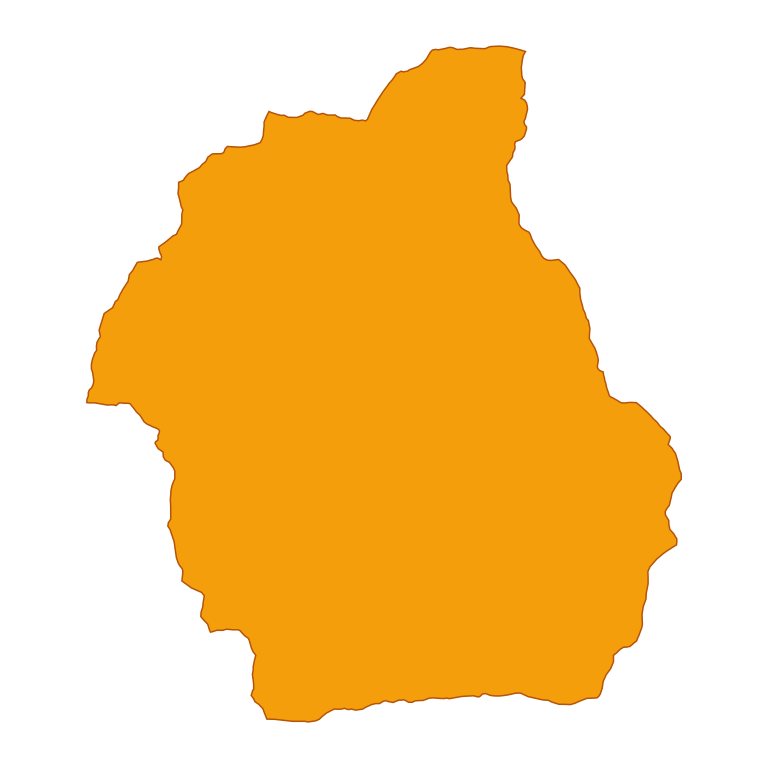 outline of Kawang, Thimphu, Bhutan
{"feature_id": "84629894B41784722800221", "entity_name": "Kawang", "entity_type": "district", "adm_level": 2, "iso_a3": "BTN", "parent_name": "Bhutan", "parent_adm1": "Thimphu", "projection": "robinson", "projection_center": [89.606, 27.573], "detail": "fine", "context": "isolated", "style": "filled", "palette": "amber", "viewbox_px": 768, "rotation_deg": 0, "n_neighbors": 0, "source": "geoboundaries", "source_scale": "gbopen_adm2", "svg_char_len": 6067}
<svg xmlns="http://www.w3.org/2000/svg" viewBox="0 0 768 768"><path d="M676.5,544.9L676.9,540.9L676.7,538.6L675.4,536.7L673.8,533.9L669.9,529.5L668.9,524.8L668.7,520.3L667.3,518.2L665.4,514.8L665.2,511.6L666.8,508.7L669.3,505.3L671.1,497.8L672.1,492.9L675.3,487.4L677.7,483.5L681.2,479.4L681.2,473.6L679.7,470.1L677.7,460.8L676.9,458.2L675.4,453.3L673.2,450.2L672.2,448.5L669.9,446.1L668.1,444.4L668.9,442.5L670.3,438.1L670.1,436.4L667.5,433.7L663.4,429.0L660.1,426.3L657.5,422.7L655.2,420.4L653.2,418.7L650.9,415.9L647.1,412.1L645.0,410.2L641.8,407.2L639.3,405.1L636.3,402.6L629.7,402.4L624.5,403.0L621.2,402.8L616.7,400.1L613.5,398.3L610.2,396.6L609.2,395.3L608.0,391.5L606.7,387.9L605.7,383.2L604.7,380.2L604.5,378.3L603.4,374.3L603.2,372.0L599.6,370.5L597.9,368.6L597.3,366.7L598.3,360.3L597.7,356.9L596.1,351.4L594.8,348.0L593.0,345.0L589.3,338.6L589.5,333.7L589.9,328.4L588.3,320.5L586.6,318.6L586.0,317.1L585.2,313.5L583.1,308.9L582.5,305.9L580.7,299.7L579.8,293.1L579.8,288.2L577.8,284.6L575.5,279.9L572.7,275.9L569.6,271.8L568.2,269.5L564.9,264.8L558.6,259.5L551.3,260.4L547.6,260.2L544.1,258.5L543.1,257.5L541.7,255.8L539.5,251.3L535.8,246.2L534.1,243.3L531.9,239.0L530.0,233.8L528.8,232.1L524.3,229.8L521.5,227.9L519.9,225.6L519.0,223.9L519.0,220.5L519.2,215.0L516.3,208.2L513.1,204.1L511.4,201.4L510.6,197.1L510.2,187.9L510.0,184.3L508.1,180.1L507.7,174.5L506.9,171.8L506.7,167.5L506.7,165.4L510.7,159.5L512.5,156.9L512.9,152.9L514.8,149.4L515.0,146.6L514.6,144.3L515.4,141.7L520.2,139.8L521.9,138.7L524.3,136.0L526.5,129.2L526.5,126.8L524.7,124.7L523.9,121.5L525.3,118.5L527.5,109.6L527.3,106.2L526.4,102.8L524.6,100.1L520.9,98.2L524.4,94.4L524.8,88.1L525.2,82.5L522.5,78.5L521.7,75.1L521.7,73.6L521.3,67.5L522.3,60.3L523.3,55.4L525.5,51.5L520.3,49.9L513.1,48.0L506.8,46.7L499.6,46.1L491.3,46.5L489.2,46.9L485.1,48.7L475.4,48.3L470.4,47.7L463.1,49.2L456.9,49.4L452.8,47.7L449.7,47.3L445.1,48.5L438.5,49.8L435.4,49.4L432.3,50.1L430.2,52.4L426.5,58.9L422.6,63.3L418.4,66.5L414.1,68.1L409.3,69.8L407.7,71.1L403.3,71.9L401.1,71.2L396.3,73.8L395.1,75.8L392.4,79.7L389.3,83.1L387.0,86.4L383.1,91.6L377.9,99.5L374.4,105.3L371.8,109.5L367.4,119.4L365.6,120.9L362.5,120.1L358.7,120.7L354.4,120.3L350.0,118.2L344.0,118.0L340.9,118.0L337.2,116.5L335.3,115.0L327.9,115.1L322.9,113.4L318.3,114.5L312.3,111.5L309.8,111.3L304.9,113.2L303.0,115.2L297.2,117.4L293.5,117.4L288.3,117.3L284.0,115.2L281.3,115.4L277.5,114.5L271.5,112.6L269.0,111.5L266.4,116.5L264.1,122.1L264.1,126.2L263.5,131.9L263.3,135.3L262.1,139.2L260.2,142.7L254.4,144.8L245.3,146.7L240.2,147.2L229.0,146.6L227.5,146.4L225.2,148.7L224.0,152.0L222.6,153.1L221.5,153.7L213.7,153.8L212.2,154.0L207.9,157.1L205.8,161.5L202.5,164.1L199.6,167.5L197.4,168.8L192.2,171.7L189.1,173.2L186.8,175.4L184.1,179.0L183.5,180.3L178.6,182.3L178.6,187.6L178.0,193.6L179.4,198.6L181.3,206.8L182.8,209.8L181.8,214.6L181.8,220.9L181.6,224.2L178.3,230.3L176.4,234.4L173.1,235.8L165.5,242.1L158.8,246.9L158.9,249.3L160.2,253.2L161.3,255.6L161.6,256.9L161.3,258.0L160.8,259.8L158.4,258.4L157.3,258.1L155.3,258.4L153.0,259.5L150.3,260.1L147.5,261.0L141.3,261.8L138.8,262.1L137.2,262.5L132.7,270.5L129.4,274.5L128.1,281.3L123.0,289.1L119.7,295.1L117.9,299.6L115.4,301.5L112.6,307.7L107.6,311.1L104.2,313.5L101.1,323.5L99.1,330.1L100.2,335.6L100.2,337.0L98.9,338.7L97.0,342.3L96.4,346.3L96.6,350.4L94.6,353.2L92.5,359.2L91.4,364.2L91.4,368.7L92.6,372.5L93.3,377.0L93.8,381.1L93.1,384.6L91.7,387.7L89.2,390.1L88.3,392.7L88.3,395.8L87.0,399.4L86.8,402.6L88.0,402.8L95.0,402.9L107.0,405.0L113.1,404.8L116.2,405.6L117.1,404.6L119.4,402.9L121.6,402.9L124.7,403.4L126.5,403.2L129.7,403.5L131.1,405.0L134.0,408.6L136.5,412.0L139.4,414.7L140.5,416.0L143.2,420.4L144.1,421.8L146.4,423.6L147.6,424.4L150.4,425.6L151.7,426.3L154.2,427.4L157.8,428.8L159.3,430.4L159.5,431.9L159.0,433.6L158.0,435.3L158.1,438.4L157.7,440.5L155.6,441.6L155.1,443.2L158.1,448.6L163.0,452.0L163.3,456.8L165.3,460.2L169.6,462.5L173.5,468.0L174.8,471.1L174.8,478.9L173.5,481.6L172.2,485.0L171.0,490.2L170.6,496.3L170.3,499.7L170.7,506.2L170.7,519.2L168.4,522.6L167.8,526.0L170.1,529.7L172.3,536.2L174.1,541.5L176.4,557.7L178.2,563.0L179.5,565.3L182.3,568.9L182.9,571.7L181.9,581.0L191.5,588.0L201.6,592.4L204.3,595.8L203.3,601.6L202.7,607.1L201.1,612.2L200.8,616.6L203.7,620.0L207.7,624.2L209.4,629.7L210.5,632.2L213.4,631.4L216.7,630.3L222.8,630.3L226.5,629.2L232.9,629.8L238.0,629.8L239.8,630.5L242.3,633.2L244.8,635.8L248.4,638.4L249.2,640.2L250.2,643.7L251.5,648.3L253.4,652.3L255.1,654.2L255.8,655.5L254.7,659.2L253.3,666.1L253.1,670.6L252.4,674.3L253.2,680.0L253.7,684.8L253.7,689.2L252.8,690.1L251.2,695.4L253.5,698.6L255.0,701.7L258.7,704.3L262.9,708.7L264.6,713.4L266.9,719.1L274.6,719.3L292.6,721.3L304.8,721.3L307.5,721.9L310.0,721.7L315.8,720.8L319.4,719.2L322.0,716.6L326.2,713.2L330.7,710.8L334.4,709.0L336.3,709.2L339.9,709.2L342.1,709.0L344.2,708.3L347.6,709.4L348.9,709.6L351.5,709.0L353.4,709.6L355.8,710.1L360.7,709.4L362.6,709.1L366.0,707.1L371.8,704.5L375.7,703.6L379.5,703.6L382.4,701.8L383.8,701.1L385.9,700.7L387.7,701.4L390.7,702.0L393.2,702.5L395.4,701.5L399.4,700.0L401.4,700.2L403.5,699.7L406.5,701.0L408.4,702.2L412.2,702.3L415.3,700.8L423.2,700.4L429.4,698.1L433.5,697.9L439.7,698.4L444.1,698.6L445.8,698.2L447.1,698.1L449.2,698.7L455.8,697.5L461.5,696.5L465.5,696.2L473.7,695.8L477.3,696.8L479.6,696.7L482.4,694.1L485.3,693.5L490.4,695.4L494.1,695.9L499.0,696.0L503.9,695.5L508.4,694.8L515.0,693.3L518.5,693.0L520.8,693.2L528.1,696.6L542.7,699.9L548.3,700.3L551.9,702.1L559.0,704.3L563.9,704.3L570.3,704.6L574.8,703.3L580.0,701.0L587.0,698.3L593.4,698.1L597.1,697.8L599.0,696.0L600.3,693.9L602.2,688.3L603.2,681.4L606.2,674.7L610.7,668.6L613.5,661.7L613.5,655.2L616.3,653.1L620.2,649.3L623.6,647.2L626.7,647.1L629.9,646.4L632.3,644.5L634.3,642.6L636.4,641.2L637.2,639.5L637.8,637.5L638.4,636.7L641.7,627.8L642.4,624.3L642.0,614.6L643.2,606.7L646.0,599.0L646.2,593.5L648.1,583.8L648.1,577.9L647.9,571.5L650.0,566.7L656.8,559.0L663.3,553.5L666.4,551.3L673.8,546.5L676.5,544.9Z" fill="#f59e0b" stroke="#b45309" stroke-width="1.5"/></svg>